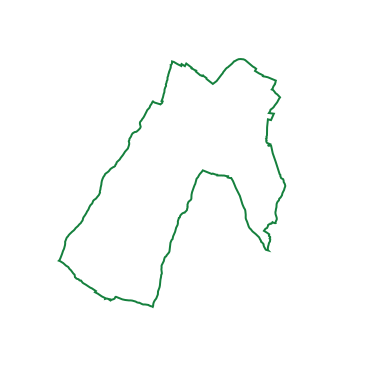 outline of Oncesti, Bacau, Romania, rotated 218°
{"feature_id": "2599482B34822655118034", "entity_name": "Oncesti", "entity_type": "district", "adm_level": 2, "iso_a3": "ROU", "parent_name": "Romania", "parent_adm1": "Bacau", "projection": "mercator", "projection_center": [27.254, 46.484], "detail": "fine", "context": "isolated", "style": "outline", "palette": "green", "viewbox_px": 384, "rotation_deg": 218, "n_neighbors": 0, "source": "geoboundaries", "source_scale": "gbopen_adm2", "svg_char_len": 6012}
<svg xmlns="http://www.w3.org/2000/svg" viewBox="0 0 384 384"><g transform="rotate(218 192 192)"><path d="M233.0,328.3L235.4,326.8L236.9,325.5L237.8,324.0L238.9,321.3L239.2,321.1L239.4,319.0L239.4,318.1L239.6,317.1L239.9,315.4L240.3,313.7L240.4,312.7L241.0,311.2L241.2,309.3L241.1,308.6L241.2,306.1L240.9,304.1L241.0,303.0L240.9,294.6L242.1,290.0L249.1,290.0L250.4,290.1L250.8,290.7L254.4,290.5L255.1,290.7L255.3,290.4L254.8,290.1L255.4,289.6L256.5,289.6L257.2,289.1L263.2,289.3L263.4,290.2L265.3,289.7L267.7,289.4L268.1,289.1L268.8,289.2L268.9,289.8L275.6,289.7L275.1,286.8L279.0,286.4L278.8,285.4L278.2,285.2L278.0,284.7L281.8,283.9L286.4,283.3L288.1,282.6L287.0,281.1L286.7,279.9L286.7,279.2L286.9,278.9L286.4,278.6L286.1,278.0L285.6,277.3L285.7,277.1L285.2,276.5L284.3,273.5L284.0,273.0L284.0,272.4L283.5,271.7L283.5,271.3L283.2,270.7L283.0,270.0L282.3,268.9L281.9,267.3L280.7,265.7L280.3,265.0L280.3,264.5L279.9,263.3L279.4,262.5L278.9,260.7L278.2,260.2L277.7,259.5L277.5,258.1L276.8,256.0L275.2,253.6L274.6,251.7L273.3,249.0L272.5,246.7L272.0,244.9L270.9,245.3L270.7,244.4L270.4,243.9L270.6,242.5L271.0,242.0L270.9,241.6L276.7,239.4L277.7,239.3L278.5,239.4L278.7,239.2L278.1,236.0L278.1,234.4L277.5,232.7L277.4,232.0L277.7,229.0L277.4,227.7L276.3,222.2L276.1,220.7L276.1,218.6L275.9,217.4L276.0,215.5L275.8,214.7L275.0,213.6L272.7,211.9L272.4,211.3L272.2,210.4L272.2,209.6L272.4,207.7L272.8,205.6L273.0,205.1L274.1,203.9L274.9,201.7L274.8,200.1L274.2,198.1L274.0,195.3L273.3,194.3L273.1,193.1L271.7,192.0L270.9,191.0L270.8,190.6L270.4,189.9L269.3,186.8L269.6,182.6L269.2,178.8L269.2,175.0L269.0,173.1L269.5,170.0L269.6,169.0L269.1,167.8L269.0,167.4L269.1,166.6L268.6,165.1L268.9,163.9L269.5,162.8L270.2,160.7L270.4,159.8L270.4,157.0L270.8,155.3L271.2,154.1L271.5,152.5L271.4,152.0L271.1,151.3L271.1,149.6L270.6,147.4L269.9,145.3L268.9,143.4L268.0,142.0L266.7,139.2L265.8,137.7L264.9,135.6L264.5,135.1L264.1,134.9L263.5,132.3L263.6,130.1L263.6,127.7L264.3,125.4L264.4,124.6L264.4,124.2L263.6,121.5L263.9,118.9L263.5,116.6L263.1,115.3L262.8,114.2L262.7,112.0L262.3,110.4L262.0,107.7L261.9,105.1L261.4,103.7L260.9,102.7L260.7,102.0L260.7,100.5L260.5,99.1L260.9,96.9L260.9,95.1L261.5,91.8L261.4,90.6L261.5,89.0L262.0,86.9L262.5,83.4L262.6,81.7L262.4,80.7L262.6,79.5L262.5,78.5L261.3,74.6L260.4,73.6L259.4,72.0L257.9,68.5L257.3,66.0L256.3,63.3L255.0,59.0L254.5,57.0L254.6,55.9L253.3,56.3L249.7,56.7L246.0,56.4L243.3,56.7L241.4,56.0L239.2,55.8L235.3,54.7L233.7,54.6L231.7,52.8L230.5,52.8L229.7,52.6L227.6,53.4L226.4,53.1L225.7,53.5L225.4,53.4L224.8,53.9L222.5,53.2L221.4,53.2L218.6,53.6L213.2,54.0L211.8,54.4L206.7,54.8L206.8,53.3L203.6,53.9L198.8,54.2L194.9,55.0L194.6,54.3L193.6,55.6L191.9,56.3L191.3,56.6L191.4,56.2L189.4,56.3L189.1,57.4L187.9,59.2L187.4,60.2L187.7,62.2L187.4,62.6L180.8,64.5L178.1,65.8L175.2,67.6L173.9,68.6L172.3,69.6L168.9,71.0L167.7,71.1L166.1,71.7L165.4,72.3L162.0,73.0L161.1,73.4L159.4,74.7L156.7,76.2L155.7,76.2L154.9,76.5L154.5,76.5L153.1,77.2L152.2,77.3L152.5,78.3L153.5,79.8L154.2,81.4L154.6,83.6L154.6,86.0L155.8,90.2L157.6,92.8L158.9,96.9L159.7,98.5L162.9,103.5L164.0,105.8L165.2,107.7L165.5,109.0L165.8,109.5L168.5,112.2L169.4,113.7L170.5,115.0L170.8,115.7L171.7,120.2L172.5,121.8L173.1,123.4L173.2,124.0L173.1,124.5L172.8,125.2L172.8,125.8L173.0,126.2L172.9,130.3L173.3,131.5L177.7,138.7L178.4,141.1L178.5,141.9L178.3,142.8L179.6,145.5L180.8,150.2L182.5,154.1L183.1,157.2L184.0,158.9L185.1,160.2L186.1,162.9L186.4,163.5L186.1,163.8L186.0,164.5L186.7,166.1L186.7,167.2L186.5,168.9L186.3,169.5L185.6,170.8L185.1,171.2L185.1,172.4L184.9,173.0L184.9,174.9L185.5,175.7L185.7,176.5L185.9,176.7L186.0,177.1L186.5,177.6L186.4,177.7L186.6,178.0L187.7,179.1L188.4,180.9L188.7,182.2L188.1,185.1L188.3,186.2L190.6,189.4L191.8,191.8L193.6,197.1L194.2,199.1L194.4,200.3L196.5,205.1L196.5,206.6L196.4,207.5L196.8,209.4L196.9,211.1L196.7,213.9L196.8,215.7L187.5,218.4L187.0,219.3L183.6,220.5L182.7,221.1L182.3,220.6L176.9,224.7L174.3,225.9L173.3,226.6L173.1,226.2L173.6,225.9L173.5,225.7L172.9,225.8L172.7,225.5L170.3,226.6L169.7,227.2L166.3,225.8L162.4,223.6L160.2,222.3L151.9,218.4L144.6,213.3L141.5,211.6L139.4,210.8L138.4,210.0L135.7,207.2L134.1,205.1L133.5,204.4L132.4,203.6L130.3,202.5L125.9,199.6L124.1,198.9L122.9,198.9L120.1,198.2L115.9,198.1L111.2,197.6L109.0,196.5L107.9,196.2L106.9,195.3L105.8,195.4L103.7,195.0L103.3,194.6L103.0,194.5L102.7,194.0L101.4,193.2L98.5,192.0L98.1,192.0L95.9,192.9L96.5,193.0L98.0,194.9L98.2,195.6L98.6,196.0L99.0,197.3L99.7,198.7L100.0,199.6L100.1,201.0L101.3,203.0L102.2,203.1L102.6,204.6L103.0,204.8L103.9,204.7L104.4,204.8L105.1,206.2L107.9,206.1L111.4,205.7L111.5,208.2L110.7,210.0L111.2,211.9L111.7,212.9L111.5,213.3L111.5,213.7L110.7,215.0L110.8,215.4L109.9,216.0L110.0,217.7L109.6,217.7L109.5,217.4L108.8,218.1L108.2,218.2L107.3,218.6L107.0,219.0L107.4,219.3L107.9,220.8L108.3,222.5L108.7,223.1L109.6,224.0L112.4,225.9L113.4,226.9L114.0,227.7L114.4,228.7L115.2,230.0L116.1,232.0L117.9,234.6L118.3,235.8L118.6,237.3L118.4,238.5L118.5,239.3L119.1,240.4L118.8,242.3L119.1,244.9L119.6,245.8L120.1,247.1L120.7,250.3L121.4,251.9L122.0,253.8L122.4,254.4L123.9,255.5L126.0,256.4L126.6,257.2L128.0,258.2L130.2,257.8L132.2,258.9L132.8,259.8L133.9,260.0L144.6,267.3L152.2,272.2L158.3,277.3L160.1,275.6L160.5,275.6L160.6,275.8L160.3,276.7L160.1,277.7L163.0,276.9L163.8,277.1L164.7,277.7L164.9,278.5L165.5,278.6L166.0,279.7L166.4,279.7L166.4,280.5L167.0,281.3L167.3,281.3L167.8,282.8L172.7,289.3L176.9,296.0L174.0,297.3L175.7,304.1L180.0,301.6L180.1,303.1L180.4,304.3L180.8,305.2L180.1,307.7L179.9,309.5L180.1,310.8L180.1,313.7L180.1,315.0L180.8,319.0L180.9,320.8L184.9,321.4L187.1,321.3L188.2,321.7L190.8,322.3L192.2,321.9L192.2,323.4L192.6,324.4L192.9,325.6L192.9,326.8L193.2,327.8L193.0,328.0L193.5,329.0L193.5,329.4L194.2,330.6L194.5,331.4L202.9,329.1L205.7,327.8L206.6,327.2L207.5,326.9L207.8,327.6L210.2,327.2L211.8,326.8L216.9,326.2L217.3,328.6L219.2,328.6L221.3,328.3L231.3,328.7L233.0,328.3Z" fill="none" stroke="#15803d" stroke-width="2"/></g></svg>